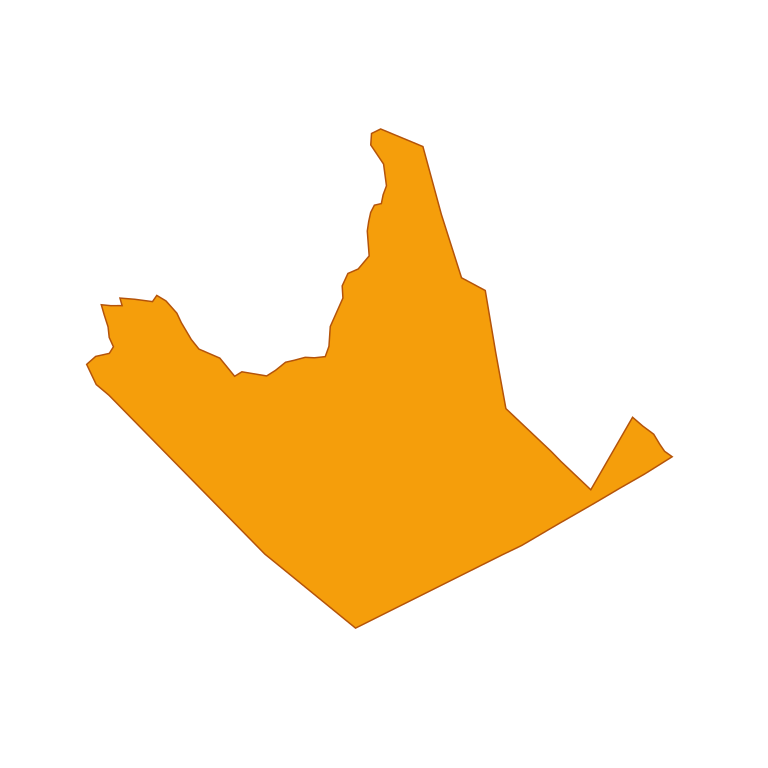 Colônia Leopoldina, Alagoas, Brazil (Equal Earth projection), rotated 310°
{"feature_id": "56859067B882848988861", "entity_name": "Colônia Leopoldina", "entity_type": "district", "adm_level": 2, "iso_a3": "BRA", "parent_name": "Brazil", "parent_adm1": "Alagoas", "projection": "equal_earth", "projection_center": [-35.741, -8.938], "detail": "fine", "context": "isolated", "style": "filled", "palette": "amber", "viewbox_px": 768, "rotation_deg": 310, "n_neighbors": 0, "source": "geoboundaries", "source_scale": "gbopen_adm2", "svg_char_len": 1071}
<svg xmlns="http://www.w3.org/2000/svg" viewBox="0 0 768 768"><g transform="rotate(310 384 384)"><path d="M198.6,180.5L177.1,402.1L177.4,421.3L178.7,519.1L328.5,584.1L348.9,593.3L378.8,603.9L390.8,608.2L428.2,621.9L456.2,631.8L482.6,641.5L513.5,651.5L512.8,642.2L515.1,633.9L518.9,622.9L518.1,609.1L518.3,595.8L435.9,610.4L438.4,569.4L439.8,555.2L443.5,493.2L480.2,449.0L520.7,401.5L515.2,375.1L550.8,318.9L590.9,261.2L577.2,217.5L567.9,213.4L558.6,220.2L552.2,242.3L537.4,258.5L528.4,261.7L520.5,266.0L514.8,261.7L506.9,263.5L498.7,267.8L490.4,272.9L472.6,290.3L455.5,290.3L445.5,285.3L432.3,288.9L423.4,297.3L393.5,305.9L377.5,317.6L367.2,321.4L359.3,313.8L353.8,306.5L344.5,300.0L337.4,294.6L324.7,292.1L314.7,288.9L302.0,267.3L293.9,264.6L298.3,241.6L291.8,219.8L294.2,207.8L300.7,189.3L305.1,179.8L307.5,163.6L305.8,153.0L298.3,153.7L288.7,138.6L280.1,126.5L275.7,133.0L268.4,124.4L263.0,116.5L257.2,125.1L250.4,135.9L243.0,143.6L238.6,152.8L230.9,153.9L219.8,145.4L207.9,143.6L198.6,163.9L198.6,180.5Z" fill="#f59e0b" stroke="#b45309" stroke-width="1.5"/></g></svg>